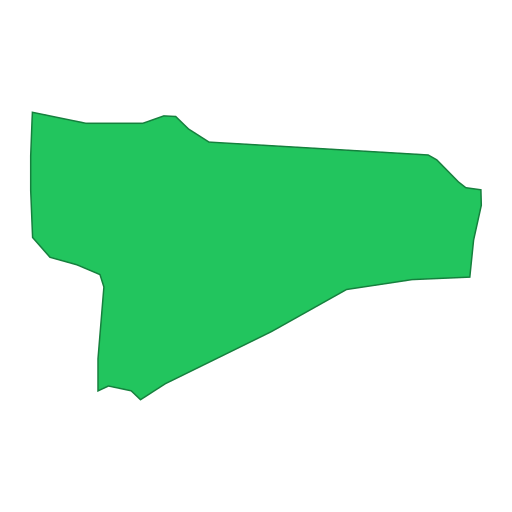 the border of Edinburgh
{"feature_id": "GBR-2023", "entity_name": "Edinburgh", "entity_type": "Unitary District (city)", "adm_level": 1, "iso_a3": "GBR", "parent_name": "United Kingdom", "parent_adm1": "", "projection": "natural_earth1", "projection_center": [-3.306, 55.904], "detail": "fine", "context": "isolated", "style": "filled", "palette": "green", "viewbox_px": 512, "rotation_deg": 0, "n_neighbors": 0, "source": "natural_earth", "source_scale": "10m", "svg_char_len": 528}
<svg xmlns="http://www.w3.org/2000/svg" viewBox="0 0 512 512"><path d="M32.4,112.3L85.9,123.3L142.8,123.3L163.8,115.9L175.7,116.5L188.5,129.0L209.0,142.1L428.2,155.0L436.8,159.9L458.4,181.9L465.8,187.7L480.9,189.8L481.3,205.3L473.6,240.0L469.8,277.1L412.0,279.6L346.5,289.5L271.4,331.6L165.5,383.6L140.5,399.7L131.2,390.8L108.4,386.0L98.0,390.9L98.0,358.8L103.9,287.0L100.0,274.6L76.9,264.8L50.0,257.3L32.6,237.5L30.7,190.5L30.7,155.8L32.1,119.0L32.4,112.8L32.4,112.3Z" fill="#22c55e" stroke="#15803d" stroke-width="1.5"/></svg>